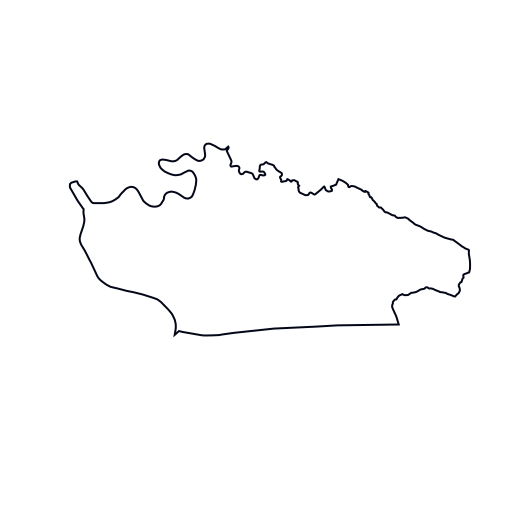 Loc Ha, Ha Tinh, Vietnam, rotated 116°
{"feature_id": "81297802B55071935880129", "entity_name": "Loc Ha", "entity_type": "district", "adm_level": 2, "iso_a3": "VNM", "parent_name": "Vietnam", "parent_adm1": "Ha Tinh", "projection": "equal_earth", "projection_center": [105.835, 18.467], "detail": "fine", "context": "isolated", "style": "outline", "palette": "ink", "viewbox_px": 512, "rotation_deg": 116, "n_neighbors": 0, "source": "geoboundaries", "source_scale": "gbopen_adm2", "svg_char_len": 6087}
<svg xmlns="http://www.w3.org/2000/svg" viewBox="0 0 512 512"><g transform="rotate(116 256 256)"><path d="M169.9,328.9L173.6,330.5L174.1,331.1L175.1,333.2L175.5,334.4L175.5,337.1L175.1,341.7L175.2,345.4L175.4,347.1L176.2,348.6L177.0,349.7L178.0,350.2L179.1,350.5L180.1,350.4L181.5,350.0L186.7,346.5L188.5,345.5L190.0,345.4L191.2,345.4L192.5,345.7L193.7,346.6L194.6,347.4L195.3,348.4L195.8,349.7L195.9,350.3L195.8,353.4L195.4,356.2L194.3,361.4L194.5,362.4L195.1,363.8L196.1,365.0L197.1,365.8L200.0,367.3L204.4,369.0L205.8,370.1L206.6,371.0L207.7,372.9L208.0,373.9L209.1,378.9L210.3,382.4L211.1,383.4L212.1,384.3L213.4,384.5L215.3,384.0L216.5,383.1L217.7,381.7L218.7,380.3L219.4,378.3L220.1,375.2L220.1,371.4L219.9,368.7L219.6,366.9L219.0,364.5L218.3,363.1L217.4,361.6L215.5,359.2L212.6,357.2L209.0,354.3L208.3,353.1L208.0,351.6L208.1,349.9L209.5,347.4L210.8,345.6L212.6,343.8L214.5,342.7L218.3,341.3L223.6,340.1L228.1,339.6L230.7,339.7L232.5,340.6L233.9,341.9L234.4,342.8L234.9,344.1L235.1,346.0L234.1,352.8L234.1,355.8L234.5,357.9L234.9,359.4L235.6,360.9L236.5,362.0L238.1,363.6L239.5,364.3L241.2,364.7L242.3,364.6L243.1,364.6L244.6,363.9L246.3,363.7L249.1,364.0L250.9,364.2L252.0,364.5L253.1,365.1L254.3,366.1L255.4,367.5L256.1,368.7L256.9,370.8L257.3,372.5L257.4,374.1L256.9,377.9L256.1,380.7L255.6,381.8L250.2,389.2L249.2,390.8L248.3,392.6L247.8,394.5L247.8,395.7L248.0,396.9L248.4,398.1L249.1,399.4L250.2,400.5L251.5,401.6L253.1,402.5L259.5,404.6L263.3,405.3L266.9,407.2L269.4,408.9L271.4,410.7L273.0,412.7L275.1,415.8L279.5,424.7L279.9,426.2L279.5,427.7L278.1,430.2L275.9,434.0L272.0,440.1L271.2,441.7L269.9,446.0L269.4,447.1L268.6,448.1L267.4,449.4L268.2,451.1L271.2,454.2L273.0,454.7L275.5,453.6L276.0,453.2L284.5,440.6L288.9,432.7L289.4,431.5L292.7,430.1L297.9,426.5L300.7,425.3L305.0,424.3L313.6,423.2L317.3,422.3L319.8,420.9L321.4,419.3L322.6,417.9L326.4,412.0L330.0,407.2L331.7,405.0L334.6,401.0L343.6,389.9L344.8,388.1L346.0,384.9L346.9,380.5L347.3,377.9L347.5,373.6L346.8,370.1L345.9,366.3L344.0,356.8L342.2,350.0L340.3,341.1L338.8,331.1L338.2,325.7L339.0,321.3L342.5,311.5L344.6,306.8L345.8,304.9L349.0,301.0L352.1,298.5L354.4,297.2L356.5,296.3L362.5,294.5L357.2,292.3L356.6,289.2L351.1,270.2L349.9,267.2L346.7,260.9L343.3,254.6L340.9,251.3L334.6,241.9L313.4,208.1L293.0,170.8L282.7,152.5L255.0,97.7L250.0,102.3L248.5,103.8L243.5,109.9L242.4,111.0L241.6,111.6L240.6,112.0L238.5,112.2L237.8,112.6L237.4,112.8L236.6,112.7L234.4,112.1L234.0,111.8L233.5,110.8L232.9,110.7L231.8,110.8L231.0,110.6L229.1,110.1L228.0,109.3L226.1,107.7L226.2,106.4L226.2,105.7L225.9,105.0L224.6,102.5L224.0,102.0L221.0,100.3L220.6,99.5L218.7,96.9L217.4,95.7L214.1,93.5L213.2,92.5L212.0,90.7L211.3,90.2L209.9,89.7L209.2,88.8L209.1,87.8L209.3,86.4L209.1,85.7L208.3,84.2L208.0,82.6L208.0,80.2L207.7,76.4L207.7,74.7L207.0,72.7L206.1,69.6L206.0,68.6L206.2,67.4L205.7,64.1L205.4,59.9L205.1,59.3L202.3,58.5L200.5,57.6L197.7,57.6L197.1,57.9L195.6,58.9L194.1,60.6L193.1,61.0L192.6,61.1L190.6,60.8L190.1,60.7L189.2,59.9L186.1,60.4L185.2,60.3L184.5,60.0L183.9,60.2L183.1,60.9L182.5,61.2L181.9,61.3L180.9,60.8L179.7,59.5L178.2,58.3L177.6,57.4L176.9,57.3L173.9,58.0L172.7,58.5L169.5,60.0L165.9,62.0L160.7,65.7L157.4,67.2L157.3,67.7L157.2,68.5L157.5,71.0L157.1,73.8L157.1,75.4L156.7,76.7L155.8,81.6L155.3,84.5L155.0,85.9L155.2,86.7L155.7,88.2L156.8,94.4L156.9,97.6L156.9,101.4L156.7,104.4L157.1,106.4L157.2,109.4L157.9,112.1L158.0,113.7L157.9,117.4L157.6,119.3L157.5,121.1L157.5,122.4L157.9,126.4L157.8,127.2L157.0,130.3L156.6,132.9L156.1,134.7L155.8,135.3L155.8,138.5L156.0,139.2L156.9,140.3L158.5,143.0L159.7,145.6L159.7,146.1L159.6,147.1L159.5,147.6L159.0,148.5L159.0,149.9L159.5,150.9L159.5,152.1L159.6,152.6L159.4,153.6L159.4,157.0L159.4,157.6L159.9,158.5L159.9,159.1L159.8,159.8L158.4,162.7L158.2,163.7L157.8,164.5L157.7,165.0L158.4,166.4L158.4,166.8L158.3,167.3L158.0,167.7L157.8,169.0L157.5,169.4L156.3,170.4L156.1,171.7L155.6,172.4L155.2,173.3L154.4,175.7L152.9,177.7L152.7,178.2L153.1,178.9L153.0,179.6L152.1,180.3L151.5,181.1L151.0,182.1L150.6,182.4L150.0,182.4L149.8,182.6L149.6,183.6L149.6,185.0L149.5,186.1L149.8,186.3L150.3,186.1L150.5,186.1L150.8,186.8L150.6,189.5L150.2,190.0L150.3,195.6L150.2,197.7L151.1,200.6L151.7,201.4L153.0,202.1L153.3,202.5L153.4,202.9L153.1,203.5L151.6,204.6L150.8,207.9L150.5,211.3L150.8,215.6L156.5,215.3L157.0,215.4L157.8,216.3L158.7,217.0L160.8,219.2L162.1,218.3L162.8,217.0L163.8,216.5L164.2,216.4L165.7,218.0L166.3,219.3L166.4,220.0L166.1,222.2L165.6,222.9L164.1,224.3L163.7,225.2L165.0,225.8L167.5,226.6L174.4,229.7L175.2,230.5L174.9,233.8L175.1,235.0L176.1,235.6L178.0,235.8L178.6,236.3L179.5,237.9L179.7,238.4L179.8,243.6L179.8,244.3L179.2,245.6L178.2,246.6L177.0,247.1L175.8,248.3L175.0,248.3L174.0,248.0L173.6,249.2L172.7,250.2L171.4,250.7L171.2,251.1L171.1,253.5L171.1,254.8L171.8,256.1L172.5,256.8L173.4,256.7L173.8,257.0L173.8,257.4L173.2,259.3L173.1,261.3L173.4,261.6L174.8,261.5L175.3,261.8L177.9,265.1L178.1,265.8L178.0,266.1L177.5,266.2L176.5,266.8L175.2,268.5L174.7,268.9L174.1,269.0L173.0,268.4L172.0,268.2L171.1,268.5L170.4,269.1L170.1,270.2L170.0,272.2L169.5,275.2L168.2,277.6L167.8,278.6L167.0,279.4L166.8,280.0L166.9,281.5L167.5,285.6L167.4,286.6L167.1,287.8L167.6,288.5L169.3,289.0L170.3,289.5L171.7,291.5L172.6,292.0L173.2,292.0L176.1,290.9L178.1,290.4L178.4,290.0L178.4,289.3L178.2,288.8L177.2,287.3L177.0,286.7L177.0,286.0L177.1,285.5L177.8,284.3L178.5,283.5L179.1,283.3L179.7,283.7L180.1,284.3L180.5,285.1L181.2,287.6L181.7,288.2L183.0,288.2L184.5,288.0L185.5,288.1L186.6,288.6L186.9,289.1L187.0,289.6L186.9,290.8L186.8,291.3L186.3,292.0L184.2,294.4L183.6,295.4L183.6,296.6L184.1,299.8L184.3,301.2L184.8,302.2L185.3,302.8L187.9,303.8L188.6,304.5L188.9,305.0L189.0,305.4L188.9,306.3L188.4,307.3L187.8,308.0L187.0,308.7L186.4,309.0L184.6,309.3L183.9,309.7L183.4,310.2L183.2,310.8L183.2,311.9L183.5,313.0L184.6,314.7L186.4,317.3L186.5,317.8L186.1,318.4L185.8,318.7L185.2,318.9L182.6,319.1L181.6,319.6L180.9,320.2L174.4,328.3L173.7,328.4L172.0,328.0L171.1,328.0L170.3,328.3L169.9,328.9Z" fill="none" stroke="#020617" stroke-width="2"/></g></svg>